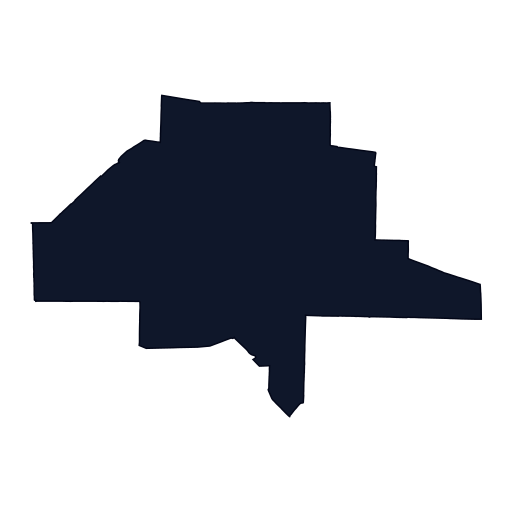 the district of Obarsia De Camp, Mehedinti, Romania
{"feature_id": "2599482B85119873558149", "entity_name": "Obarsia De Camp", "entity_type": "district", "adm_level": 2, "iso_a3": "ROU", "parent_name": "Romania", "parent_adm1": "Mehedinti", "projection": "albers", "projection_center": [22.992, 44.171], "detail": "fine", "context": "isolated", "style": "filled", "palette": "ink", "viewbox_px": 512, "rotation_deg": 0, "n_neighbors": 0, "source": "geoboundaries", "source_scale": "gbopen_adm2", "svg_char_len": 6014}
<svg xmlns="http://www.w3.org/2000/svg" viewBox="0 0 512 512"><path d="M481.3,319.2L481.1,304.4L480.9,298.3L480.8,296.3L480.7,293.4L480.5,291.8L480.3,286.8L480.1,284.4L479.3,284.2L472.4,281.8L459.6,277.7L458.7,277.5L448.7,274.2L445.7,273.3L443.9,272.8L441.9,271.8L440.4,271.2L438.7,270.6L436.2,269.4L431.7,267.7L428.2,266.1L414.2,261.0L410.0,259.4L408.1,258.5L408.1,257.3L408.1,255.9L408.1,253.9L408.2,252.4L408.3,249.7L408.2,243.1L408.3,241.3L408.2,240.8L401.3,240.6L399.3,240.4L393.5,240.4L385.8,240.2L379.8,240.1L375.0,239.9L375.0,239.6L375.3,235.6L375.4,231.9L375.4,229.3L375.5,226.1L375.4,223.1L375.6,217.8L375.6,215.4L375.8,207.6L375.9,205.9L375.9,203.9L375.8,198.0L375.8,197.4L375.9,194.5L375.9,192.0L376.2,186.3L376.2,182.8L376.3,181.1L376.3,180.1L376.3,178.9L376.3,176.9L376.3,175.3L376.4,174.1L376.3,172.4L376.4,166.8L374.6,166.3L374.4,166.1L374.2,165.5L374.3,164.9L374.5,163.8L374.6,162.6L374.8,161.7L374.9,160.2L375.0,159.3L375.1,158.8L375.4,156.0L375.5,155.0L375.8,153.2L375.7,152.9L375.6,152.6L375.5,152.4L375.1,152.3L372.3,151.8L361.2,150.4L351.3,149.0L348.5,148.7L339.7,147.4L339.2,147.4L338.2,147.4L337.5,147.3L337.3,146.8L337.1,146.6L336.7,146.5L335.8,146.4L334.5,146.2L333.0,145.9L331.8,145.9L331.1,145.7L330.6,145.5L330.3,145.3L330.2,145.0L330.1,144.5L330.1,143.5L330.1,142.3L330.1,138.0L330.3,134.8L330.3,134.2L330.2,131.9L330.3,131.2L330.2,129.2L330.2,126.4L330.3,125.7L330.2,125.1L330.4,121.8L330.3,120.5L330.4,119.5L330.3,118.2L330.4,117.3L330.3,113.1L330.3,112.1L330.1,110.5L330.0,107.0L329.9,104.4L329.9,102.8L326.6,103.0L323.2,102.9L320.7,103.0L316.0,102.9L308.3,103.0L304.4,102.7L303.2,102.8L299.7,102.9L294.2,102.9L283.2,102.9L282.3,102.9L280.6,103.0L279.9,102.9L272.8,102.9L271.9,102.8L265.4,102.9L265.1,103.0L264.9,102.7L258.1,102.7L256.1,102.7L253.4,102.6L252.0,102.4L251.6,102.4L250.8,102.4L249.8,102.7L249.4,102.7L245.5,102.8L242.7,103.0L238.3,103.1L237.3,103.1L236.5,103.2L235.8,103.2L235.7,103.1L233.2,103.1L232.4,103.1L232.1,103.1L231.2,103.1L229.7,103.1L227.8,103.0L226.4,103.2L225.4,103.2L220.5,103.1L218.2,103.1L215.7,103.1L215.2,103.0L213.5,103.1L206.6,103.1L205.1,103.1L201.8,103.1L200.6,102.9L200.3,102.7L199.9,102.2L199.5,101.5L195.8,100.9L190.5,100.1L190.0,100.1L188.8,99.8L185.8,99.4L184.5,99.1L183.4,99.0L180.0,98.4L163.7,95.7L161.8,95.4L161.7,96.0L161.3,106.0L161.4,107.4L161.2,112.1L161.1,114.5L161.0,120.2L160.9,123.9L160.7,128.1L160.6,132.3L160.5,133.3L160.5,136.5L160.4,137.3L160.4,139.0L160.3,141.7L160.2,142.4L159.8,142.3L158.9,142.1L158.1,142.1L157.2,142.0L152.4,141.2L148.2,140.7L146.8,140.5L145.7,140.2L144.5,140.3L143.7,140.6L142.2,141.7L139.6,143.4L136.7,145.2L133.8,146.9L131.9,148.3L127.2,151.0L126.7,151.4L121.2,156.4L120.5,157.3L118.7,159.5L118.7,160.0L118.6,160.3L118.6,160.6L118.4,160.7L118.4,161.0L118.8,161.7L119.4,162.4L119.0,162.9L118.5,162.5L118.1,163.0L116.3,164.0L115.7,164.4L115.3,164.3L113.7,165.3L112.9,165.9L111.8,166.8L108.1,169.8L107.3,170.6L105.1,172.8L101.8,176.0L101.1,176.6L100.6,176.1L98.9,177.7L94.8,181.5L92.7,183.6L87.5,188.4L81.3,194.4L78.1,197.3L75.1,200.2L74.9,200.8L74.3,201.5L71.9,203.7L71.0,204.0L70.4,204.5L66.7,208.1L63.5,211.0L61.6,212.9L60.8,213.6L60.2,213.9L59.8,214.4L58.3,216.0L53.3,220.9L51.7,222.5L51.2,222.7L49.3,222.8L44.5,222.8L32.5,222.9L30.7,222.8L31.3,223.1L32.2,223.4L32.6,223.9L32.7,229.7L32.9,233.3L33.0,239.3L33.1,241.6L33.0,243.3L33.2,244.6L33.2,248.8L33.4,251.8L33.3,253.2L33.4,254.5L33.4,256.6L33.7,262.7L33.6,263.1L33.7,264.2L33.6,267.0L33.9,271.5L33.7,274.1L33.8,276.1L33.8,276.7L33.8,277.4L34.0,278.1L34.0,280.9L34.2,283.5L34.1,286.2L34.2,287.8L34.2,294.8L34.4,296.2L34.4,299.9L34.7,300.2L35.0,300.3L35.5,300.3L35.8,300.2L35.8,301.3L36.1,301.3L36.3,301.2L36.8,301.1L61.7,301.1L64.1,301.2L70.8,301.3L73.2,301.2L76.0,301.2L77.5,301.2L89.2,301.2L92.1,301.2L95.5,301.2L103.9,301.3L106.9,301.2L111.1,301.3L115.3,301.3L116.2,301.3L118.3,301.3L119.9,301.2L128.8,301.3L131.9,301.3L137.1,301.4L139.0,301.3L139.1,301.5L139.7,301.8L140.0,302.0L140.0,302.4L140.1,307.9L140.0,309.7L139.8,315.5L139.8,319.2L139.7,320.2L139.8,321.1L139.7,323.2L139.6,326.9L139.5,334.2L139.5,342.1L139.4,343.2L139.2,345.1L139.2,345.4L140.2,345.8L146.2,348.3L146.5,348.3L173.3,347.7L178.4,347.5L197.7,347.1L209.9,346.0L222.2,341.4L224.4,340.5L230.8,338.1L231.0,338.1L231.4,338.1L232.8,338.4L233.8,337.9L234.2,337.4L235.0,338.5L240.4,343.7L245.9,348.9L247.5,350.6L248.5,352.0L248.9,352.6L250.0,353.6L251.3,354.5L252.2,354.9L254.0,355.4L254.9,355.8L255.5,356.3L255.7,356.8L255.7,357.3L255.3,358.0L253.7,359.1L253.0,359.5L257.6,364.3L259.4,366.1L262.7,366.0L269.6,365.7L269.4,368.9L269.5,371.2L269.4,372.3L269.3,375.8L269.2,376.4L269.2,377.2L268.9,384.9L268.9,387.0L268.8,388.6L268.2,389.5L268.4,390.4L269.9,393.9L271.7,398.1L272.2,399.0L273.1,400.2L274.2,401.2L276.3,403.5L280.0,407.1L280.7,407.7L281.9,409.1L285.9,413.2L288.8,416.0L289.4,416.4L289.7,416.6L289.8,416.4L289.8,415.9L289.8,415.7L290.3,415.1L291.0,414.4L294.3,410.1L295.4,408.9L295.9,408.4L298.1,405.7L298.6,405.1L300.0,403.7L300.3,403.5L300.7,403.3L301.2,403.1L302.8,402.9L303.1,402.8L303.3,402.3L303.7,395.5L303.6,394.8L303.6,392.7L303.7,391.3L303.7,389.5L303.8,382.7L304.0,379.5L304.0,378.6L304.1,376.6L304.1,374.7L304.2,373.1L304.3,372.7L304.3,371.9L304.3,371.1L304.4,367.6L304.4,365.8L304.6,364.2L304.5,360.1L304.6,356.7L304.6,354.8L304.8,350.2L304.8,345.6L304.9,342.9L305.3,328.7L305.7,317.2L305.6,315.9L305.5,315.4L305.5,315.2L307.8,315.4L317.0,315.7L320.9,315.8L321.4,315.9L323.0,316.0L327.9,316.0L328.8,316.0L338.4,316.1L338.9,316.1L339.4,315.9L339.9,315.9L343.0,316.1L343.8,316.0L345.7,316.1L348.4,316.1L353.7,316.2L356.2,316.4L357.1,316.3L357.7,316.3L360.2,316.4L360.8,316.4L365.2,316.6L366.0,316.6L367.6,316.6L368.2,316.7L369.4,317.1L370.8,316.7L373.0,316.7L388.7,317.0L390.0,317.0L391.7,317.1L396.5,317.3L406.3,317.5L406.9,317.5L407.3,317.3L408.7,317.2L409.1,317.2L409.5,317.3L410.6,317.4L414.9,317.4L419.1,317.6L447.5,318.3L450.1,318.5L454.4,318.6L457.2,318.7L461.8,318.9L476.3,319.2L481.3,319.2Z" fill="#0f172a" stroke="#020617" stroke-width="1.5"/></svg>